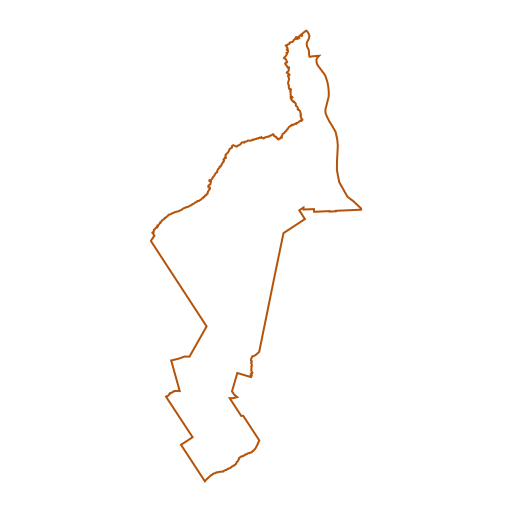 outline of San Lorenzo, Santa Fe, Argentina
{"feature_id": "61730980B18182396698532", "entity_name": "San Lorenzo", "entity_type": "district", "adm_level": 2, "iso_a3": "ARG", "parent_name": "Argentina", "parent_adm1": "Santa Fe", "projection": "orthographic", "projection_center": [-60.967, -32.936], "detail": "fine", "context": "isolated", "style": "outline", "palette": "amber", "viewbox_px": 512, "rotation_deg": 0, "n_neighbors": 0, "source": "geoboundaries", "source_scale": "gbopen_adm2", "svg_char_len": 5988}
<svg xmlns="http://www.w3.org/2000/svg" viewBox="0 0 512 512"><path d="M319.1,55.8L312.4,56.3L310.1,56.8L309.5,56.6L309.2,56.1L309.0,51.5L308.6,49.6L307.4,47.2L306.9,45.8L306.7,43.3L307.1,42.0L308.6,39.3L309.1,37.6L309.4,35.9L308.7,33.9L307.7,32.1L306.5,30.7L305.9,30.8L302.0,33.9L301.9,34.6L302.2,35.5L301.9,35.9L301.4,35.9L301.2,35.6L301.4,34.6L301.1,34.6L298.8,36.7L298.6,37.3L299.2,38.0L298.7,38.3L297.1,37.1L296.1,37.1L296.1,37.7L297.3,38.7L297.3,38.9L295.0,38.7L294.7,39.4L293.6,40.1L293.1,41.3L292.5,41.9L289.9,42.5L289.7,42.6L289.5,43.7L288.1,44.3L287.2,45.2L286.3,45.2L285.8,45.5L287.5,48.0L287.6,48.5L286.9,49.3L286.8,49.8L287.9,50.2L288.0,51.5L287.8,52.2L286.6,52.8L287.1,53.9L285.8,56.0L284.3,57.5L284.0,58.1L285.7,59.2L286.2,59.9L286.7,61.3L287.2,62.0L286.9,62.5L285.6,62.9L285.2,63.7L285.3,64.1L287.2,66.4L287.5,67.4L287.9,67.7L288.9,67.3L289.1,67.7L288.6,70.8L286.8,72.5L287.1,73.0L288.2,73.4L289.5,74.8L289.2,75.3L288.0,75.6L288.1,76.3L288.8,77.7L289.0,79.2L288.0,83.2L288.4,84.6L288.9,85.4L288.7,86.9L289.4,89.2L289.7,89.3L290.5,89.0L290.9,89.5L290.9,90.3L290.2,91.6L290.7,92.3L290.5,94.0L290.9,95.7L290.6,96.6L292.1,96.9L292.5,97.3L292.2,97.7L290.9,98.2L290.8,98.6L291.3,99.0L292.1,100.6L292.9,100.9L293.2,101.7L293.6,102.0L294.1,101.7L294.3,101.9L295.4,103.2L295.9,104.1L295.8,105.5L296.3,106.1L296.9,106.4L297.7,107.5L298.0,108.6L297.7,109.4L298.4,109.9L299.2,110.1L299.8,110.8L300.6,112.9L300.6,114.0L301.0,114.6L300.9,115.1L300.5,115.8L300.5,116.1L301.0,116.8L301.3,118.4L302.4,119.4L302.3,120.1L301.1,121.0L300.3,120.6L298.6,122.2L297.6,122.8L296.5,123.0L296.5,123.7L296.1,124.0L295.3,123.8L294.2,124.4L293.5,124.5L292.7,125.2L291.9,124.7L291.6,124.8L291.2,125.7L289.7,126.4L288.9,127.1L287.3,129.5L286.6,130.0L286.0,131.2L285.0,131.8L284.4,132.9L282.6,133.9L282.1,135.9L281.5,136.4L281.9,137.4L281.7,137.8L280.6,137.8L280.1,138.6L278.9,138.7L278.5,139.5L278.1,139.4L277.4,138.4L276.8,138.2L276.4,137.7L276.2,136.9L275.2,136.4L274.7,136.4L274.2,136.2L273.6,134.6L273.0,134.2L271.3,135.3L270.0,135.7L269.6,136.2L268.9,136.2L268.5,136.7L266.1,136.9L265.5,137.5L264.6,137.6L263.7,138.5L262.7,137.9L261.8,137.8L261.4,137.2L260.8,137.9L260.0,137.5L259.0,138.1L258.4,138.0L257.8,138.6L257.1,138.4L256.2,139.0L255.1,139.0L254.4,139.6L253.8,139.5L252.9,139.9L252.3,139.7L251.9,140.3L251.1,140.6L249.6,140.7L248.0,140.5L247.2,141.1L245.5,141.8L245.0,141.7L244.1,142.7L243.1,142.2L241.8,142.5L241.1,143.5L240.7,143.7L240.4,144.4L238.5,145.5L237.9,145.5L236.7,146.6L234.1,145.6L233.6,145.2L232.5,145.5L231.9,146.2L232.0,147.5L230.5,148.5L229.8,148.8L229.0,150.7L227.8,152.7L225.6,154.7L225.5,155.2L225.8,155.9L225.2,157.1L225.8,157.5L225.9,157.8L225.8,158.1L224.4,158.5L223.6,159.2L223.5,159.8L224.0,160.2L224.0,160.5L223.6,161.8L223.0,162.0L222.7,162.9L221.5,164.4L221.5,165.2L220.7,166.4L220.3,166.7L219.7,166.6L219.1,168.2L218.2,169.0L217.2,170.9L217.3,171.9L217.2,172.2L215.7,173.1L214.2,175.8L212.6,177.6L212.5,178.4L212.1,178.9L210.6,180.3L209.6,180.1L209.3,180.4L209.3,180.8L209.9,181.3L211.0,181.6L210.4,184.2L208.3,185.7L208.5,187.3L209.6,187.3L209.6,188.0L210.0,188.3L210.1,188.6L208.1,191.4L207.6,192.8L207.7,193.5L206.6,194.3L206.3,195.2L205.2,195.4L204.8,195.9L204.4,196.9L203.4,197.1L203.0,198.0L202.1,198.4L201.0,199.6L199.6,200.3L199.1,200.9L197.5,201.0L196.3,202.2L195.3,202.4L193.8,203.7L192.3,204.2L191.5,205.2L190.3,205.5L188.4,206.7L186.8,207.2L186.0,207.2L185.3,207.7L183.6,208.3L181.0,210.2L179.9,210.5L178.6,211.2L174.1,212.4L173.2,213.2L171.9,213.3L170.6,214.3L168.6,214.8L167.6,216.1L166.5,216.8L166.1,217.4L165.6,217.6L165.3,218.0L164.7,218.0L164.1,219.1L162.1,220.3L161.1,221.9L160.4,222.1L160.4,223.0L159.9,223.2L158.2,225.3L157.6,225.5L158.0,226.3L157.9,226.5L157.1,226.6L157.0,227.5L156.1,227.5L154.6,229.5L153.9,229.8L153.6,232.2L153.3,232.4L152.6,232.3L152.4,232.5L152.5,233.1L153.5,233.9L153.6,234.6L154.3,235.3L154.4,236.0L153.2,237.2L153.1,237.9L152.0,239.1L150.9,241.0L206.6,326.4L189.5,356.6L184.4,356.6L178.8,358.6L171.2,360.5L179.7,391.0L178.6,390.8L177.4,391.0L176.9,390.9L174.2,391.1L174.1,391.4L172.9,391.8L172.3,392.4L170.9,393.0L170.2,393.0L169.8,393.4L169.9,393.7L169.2,394.2L169.2,394.6L167.6,396.1L166.9,396.1L166.0,396.7L192.6,437.2L181.0,444.8L204.9,481.3L206.5,479.4L210.4,475.8L211.4,475.2L211.5,474.9L212.1,474.8L212.9,474.1L213.0,473.8L215.1,473.2L216.1,472.5L216.5,472.6L216.8,472.3L217.9,472.3L218.7,471.9L221.7,471.7L222.5,471.4L223.1,471.6L224.3,470.6L225.7,470.0L226.5,469.9L227.0,469.4L227.9,469.1L228.0,468.7L229.9,468.1L231.2,467.3L231.7,466.6L232.6,466.4L233.7,465.4L234.0,465.5L235.1,464.8L235.8,463.9L236.1,463.8L236.7,462.0L237.8,461.3L238.1,460.4L238.9,459.4L238.9,458.3L239.2,457.8L239.6,457.7L241.5,456.3L242.1,456.4L242.6,456.1L243.1,456.1L243.7,455.7L244.0,455.3L244.5,455.3L245.5,454.4L246.0,454.5L246.9,454.1L247.6,453.5L248.6,453.1L249.4,453.2L250.1,452.6L251.5,452.4L252.3,451.4L253.1,451.0L253.4,450.5L254.2,449.9L255.6,448.2L257.8,443.9L258.0,442.8L258.3,442.6L259.3,440.6L259.3,440.4L243.2,415.8L241.2,415.9L229.7,398.2L232.8,398.2L237.2,397.1L234.1,394.5L232.0,391.4L237.3,373.0L251.0,377.1L251.2,376.7L250.8,376.4L250.6,375.5L251.1,375.5L251.6,375.8L251.8,375.0L251.6,374.3L251.2,373.7L251.6,373.5L251.7,373.0L252.1,373.1L252.4,372.7L251.6,371.6L251.2,369.7L251.5,369.2L251.4,367.8L251.6,366.9L251.4,366.5L251.8,366.0L251.6,365.4L251.8,365.0L251.7,364.0L251.1,363.0L251.9,361.4L251.0,360.6L251.1,358.8L252.1,357.1L252.3,356.3L253.1,356.3L254.5,355.7L256.5,354.3L259.2,351.8L275.7,270.6L283.5,233.1L304.9,219.1L299.3,210.3L303.5,207.5L303.6,209.5L313.9,209.1L314.1,211.8L329.5,211.1L329.5,211.6L335.8,211.3L335.8,210.8L361.1,209.7L361.1,208.5L353.6,201.4L347.5,196.8L339.2,182.1L336.9,170.0L337.0,161.2L337.8,145.6L337.3,139.8L335.6,131.9L332.1,125.8L329.3,121.3L327.0,116.7L325.5,113.0L325.4,109.6L328.7,96.6L328.8,92.2L328.3,86.8L327.4,82.0L325.5,76.2L324.4,74.2L318.2,66.0L316.9,63.8L316.4,60.4L316.5,59.5L316.8,58.6L317.7,57.3L319.1,55.8Z" fill="none" stroke="#b45309" stroke-width="2"/></svg>